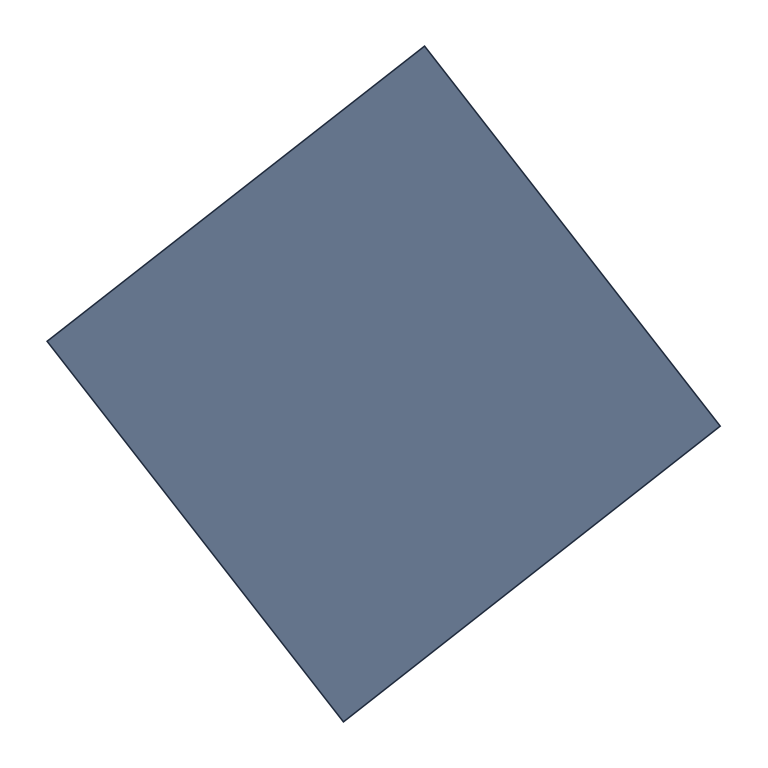 outline of Hancock, Iowa, United States of America, rotated 322°
{"feature_id": "52423323B74830272216287", "entity_name": "Hancock", "entity_type": "district", "adm_level": 2, "iso_a3": "USA", "parent_name": "United States of America", "parent_adm1": "Iowa", "projection": "mercator", "projection_center": [-93.782, 43.082], "detail": "fine", "context": "isolated", "style": "filled", "palette": "slate", "viewbox_px": 768, "rotation_deg": 322, "n_neighbors": 0, "source": "geoboundaries", "source_scale": "gbopen_adm2", "svg_char_len": 231}
<svg xmlns="http://www.w3.org/2000/svg" viewBox="0 0 768 768"><g transform="rotate(322 384 384)"><path d="M144.8,142.9L144.0,625.3L623.0,624.2L624.0,142.7L144.8,142.9Z" fill="#64748b" stroke="#1e293b" stroke-width="1.5"/></g></svg>